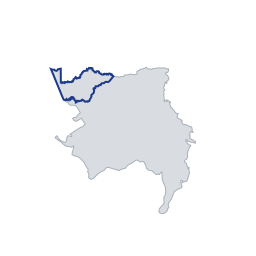 Amazonas on a map of Colombia (Mercator projection), rotated 147°
{"feature_id": "COL-1283", "entity_name": "Amazonas", "entity_type": "Commissiary", "adm_level": 1, "iso_a3": "COL", "parent_name": "Colombia", "parent_adm1": "", "projection": "mercator", "projection_center": [-71.672, -2.052], "detail": "medium", "context": "in_parent", "style": "outline", "palette": "blue", "viewbox_px": 256, "rotation_deg": 147, "n_neighbors": 0, "source": "natural_earth", "source_scale": "10m", "svg_char_len": 5383}
<svg xmlns="http://www.w3.org/2000/svg" viewBox="0 0 256 256"><g transform="rotate(147 128 128)"><path d="M145.8,43.0L143.4,44.0L138.8,45.2L135.6,50.4L133.5,51.3L130.8,54.4L128.9,58.2L127.4,66.0L123.5,72.6L123.8,72.9L125.4,72.6L126.8,71.9L127.4,72.1L127.9,73.2L129.7,73.5L131.1,78.8L133.8,81.5L134.1,82.6L134.5,84.8L133.5,86.1L133.2,91.0L134.1,92.2L136.1,92.7L137.4,95.7L138.3,96.4L139.5,96.8L142.5,96.4L147.8,96.9L149.1,96.8L152.1,95.7L155.9,97.0L158.7,97.2L166.4,106.3L167.1,106.1L168.1,106.6L170.1,105.7L171.7,105.5L173.9,106.0L176.8,106.0L182.6,105.0L183.5,104.5L186.6,105.0L187.6,105.7L188.0,107.4L187.7,108.4L186.6,109.5L185.9,110.9L185.8,112.5L185.3,113.7L184.2,114.5L183.8,115.7L184.1,117.2L183.5,124.0L183.9,124.6L184.3,127.4L185.6,131.0L186.3,132.1L187.4,132.9L189.4,135.9L189.0,136.9L183.7,141.6L183.5,142.7L184.5,142.3L186.1,142.7L186.6,143.8L190.5,147.1L190.5,148.4L191.6,150.8L191.4,151.4L194.1,158.4L194.2,159.8L191.9,160.2L191.8,155.6L191.5,154.6L189.0,150.4L188.5,150.1L186.8,150.6L183.9,153.7L182.6,154.1L181.6,153.7L180.5,151.8L179.8,151.5L179.1,153.0L180.0,154.4L167.5,154.4L165.1,153.8L161.8,154.5L161.8,161.6L167.6,161.7L169.3,163.7L169.1,165.4L169.4,166.0L167.9,166.3L165.9,165.2L162.2,166.5L159.6,166.8L159.4,174.7L161.0,176.6L164.1,178.7L164.6,180.1L164.4,181.5L165.1,183.1L166.1,184.0L166.1,185.0L166.7,186.2L160.5,219.3L158.3,217.3L157.5,215.5L156.4,214.7L154.4,215.3L152.1,214.4L159.3,203.1L159.1,202.1L153.1,199.4L152.5,198.7L149.6,197.2L148.0,197.6L147.1,198.4L144.9,198.6L143.2,197.4L141.1,196.6L138.5,198.5L137.8,198.5L136.0,199.3L134.0,199.6L131.5,198.8L129.5,199.4L128.1,199.2L127.6,198.6L125.8,198.0L125.6,197.2L126.1,195.8L125.3,193.1L125.0,192.6L123.7,192.6L122.1,191.6L121.7,191.0L122.1,189.9L121.8,188.9L120.2,186.8L118.1,186.2L116.0,184.4L113.9,183.7L112.9,182.4L112.0,179.5L109.9,177.2L108.3,176.4L107.8,175.3L106.3,175.2L104.2,173.7L103.2,173.6L102.6,174.3L100.6,173.6L99.0,172.5L97.2,172.2L96.1,171.5L94.0,169.4L91.8,168.4L90.6,168.7L90.1,170.3L89.4,170.6L86.8,170.2L86.4,170.5L85.8,170.5L82.7,169.3L79.6,168.9L78.8,166.2L76.8,165.3L76.2,164.0L74.9,164.2L69.6,161.8L67.4,160.1L65.6,159.2L63.6,157.3L63.3,156.5L61.8,155.5L62.6,154.1L64.4,153.0L66.7,153.8L67.0,152.2L66.2,150.7L66.6,147.5L67.2,146.7L68.5,146.1L69.3,146.3L69.8,145.8L71.7,146.0L72.3,145.8L73.7,144.5L74.4,143.4L75.0,143.6L76.6,141.8L76.3,140.0L77.8,139.6L79.4,136.7L80.0,136.7L80.4,135.3L83.1,130.5L82.1,131.1L81.0,130.7L81.2,129.1L80.9,128.9L80.0,130.2L79.2,128.9L79.4,126.8L78.2,127.2L78.3,126.7L80.0,125.2L80.8,121.7L80.2,120.4L79.8,115.1L79.5,114.1L78.1,112.7L80.4,111.2L81.2,110.1L80.1,107.7L78.8,105.7L78.7,104.5L79.6,104.7L79.9,101.4L79.1,100.1L78.2,100.1L75.1,95.2L74.1,94.2L74.9,91.9L75.8,90.8L75.6,89.0L76.2,89.1L77.5,90.8L78.0,90.5L80.1,89.0L80.1,87.5L81.8,86.0L79.5,81.0L78.7,80.2L79.6,78.6L80.1,78.7L81.0,80.3L82.5,81.3L84.6,84.1L85.5,84.7L84.9,85.4L84.7,86.0L85.0,86.4L86.2,86.5L86.7,85.7L86.4,82.3L85.9,80.6L84.8,79.4L85.1,78.9L87.3,78.1L91.8,74.8L93.3,71.8L94.5,70.7L95.8,70.0L97.4,70.1L98.7,69.7L99.1,68.8L98.3,66.7L99.2,63.8L99.2,62.3L99.8,61.4L99.6,61.1L98.0,62.1L99.6,60.0L100.8,56.9L107.4,51.4L111.6,52.7L113.0,52.6L111.2,53.3L110.9,54.1L111.6,55.0L112.2,55.2L112.8,54.7L114.2,51.4L114.4,49.6L115.0,49.0L115.9,48.8L120.1,49.6L124.0,49.3L130.5,44.7L135.4,42.7L136.6,40.8L136.9,39.4L137.8,38.8L138.7,38.8L139.2,38.0L141.5,36.8L143.9,36.7L146.4,37.7L147.6,39.7L147.8,41.0L145.8,43.0ZM71.8,145.5L71.5,145.7L70.9,145.3L70.7,144.7L71.1,144.3L71.5,144.4L71.8,145.5Z" fill="#d9dde1" stroke="#a8b0b8" stroke-width="1"/><path d="M166.4,186.7L166.3,188.6L160.5,219.3L159.8,218.2L158.1,217.1L157.8,215.9L156.8,214.9L156.0,214.8L154.8,215.4L152.1,214.4L159.6,202.7L159.1,201.8L158.5,202.2L158.1,201.7L157.6,201.8L157.2,200.9L156.2,201.0L156.2,200.2L155.3,200.4L153.8,199.4L153.6,199.8L153.1,199.9L152.4,198.5L151.6,198.3L150.3,197.2L149.0,197.1L148.9,197.8L147.9,197.7L147.0,198.6L145.8,198.6L144.7,199.0L144.8,198.5L144.3,197.7L143.8,198.4L143.4,197.4L141.9,196.8L141.3,197.0L141.1,196.4L140.1,196.9L138.9,198.5L137.7,198.4L136.4,199.4L135.6,199.3L135.3,199.7L134.2,199.9L131.3,198.6L130.6,199.5L130.4,198.9L130.1,199.3L129.6,199.1L128.2,199.6L127.6,198.6L126.8,198.2L126.6,198.7L125.7,198.1L125.3,197.3L126.3,195.7L125.6,194.5L125.7,193.8L125.4,192.6L124.7,192.1L124.5,192.5L123.6,192.7L121.9,191.7L121.7,191.0L122.2,190.3L122.0,189.3L121.2,188.6L121.3,188.1L120.5,186.8L119.2,186.0L118.7,186.5L118.1,186.3L117.4,185.3L116.8,185.2L116.8,184.8L116.2,184.9L115.7,183.9L115.3,184.3L113.7,183.7L112.8,182.5L113.4,182.3L113.3,181.7L112.4,181.0L112.6,180.5L112.1,179.3L118.1,177.4L119.7,177.4L121.4,178.8L123.2,178.9L123.8,178.7L125.7,179.8L126.6,179.6L127.5,178.9L128.7,179.7L130.2,179.2L132.4,180.6L133.8,179.2L134.8,180.0L135.3,179.9L135.7,179.5L135.8,178.2L137.0,176.7L138.0,176.0L140.8,175.6L141.7,174.1L145.0,172.4L145.7,171.7L146.5,172.1L147.4,171.9L147.7,172.7L149.6,173.3L150.0,174.1L149.9,174.7L150.9,176.7L151.6,176.7L152.1,176.2L154.0,177.1L154.7,177.1L155.3,178.2L156.5,178.3L156.6,177.9L157.1,177.6L157.8,177.8L156.8,179.0L157.5,179.3L157.6,181.0L157.2,181.3L157.8,182.4L157.1,183.3L157.5,183.9L158.1,183.6L158.0,184.3L158.6,184.8L159.4,184.5L158.8,183.8L159.1,183.4L161.2,183.1L160.7,184.4L160.9,184.6L161.6,184.3L162.6,184.5L163.2,184.0L164.0,184.6L163.9,185.8L164.9,185.5L166.0,186.0L166.4,186.7Z" fill="none" stroke="#1e3a8a" stroke-width="2"/></g></svg>